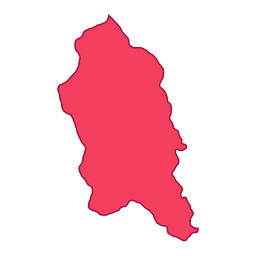 outline of Villa Altagracia, San Cristóbal, Dominican Republic
{"feature_id": "3306468B65787617435828", "entity_name": "Villa Altagracia", "entity_type": "district", "adm_level": 2, "iso_a3": "DOM", "parent_name": "Dominican Republic", "parent_adm1": "San Cristóbal", "projection": "robinson", "projection_center": [-70.202, 18.655], "detail": "fine", "context": "isolated", "style": "filled", "palette": "rose", "viewbox_px": 256, "rotation_deg": 0, "n_neighbors": 0, "source": "geoboundaries", "source_scale": "gbopen_adm2", "svg_char_len": 5816}
<svg xmlns="http://www.w3.org/2000/svg" viewBox="0 0 256 256"><path d="M59.8,84.9L58.8,86.3L58.3,87.1L58.2,87.6L58.0,88.6L58.1,90.1L58.1,90.5L58.4,91.4L59.1,93.1L59.4,93.9L59.6,94.9L60.0,97.9L60.1,98.9L60.4,99.8L61.1,101.4L61.4,102.3L61.6,103.3L61.9,106.3L62.0,107.3L62.5,108.6L63.8,111.0L66.9,113.3L68.1,113.9L69.7,114.4L70.4,114.7L70.8,114.9L71.3,115.6L72.8,118.2L73.6,120.4L74.8,122.9L75.0,123.8L75.4,125.7L75.6,126.7L76.5,128.7L76.8,129.6L77.2,132.1L77.5,133.0L78.6,135.5L79.3,137.2L80.3,139.2L81.1,141.0L81.5,141.8L82.4,143.0L84.9,146.0L85.4,146.7L85.8,147.5L85.9,147.9L85.8,148.7L85.1,150.7L84.5,153.5L84.2,154.4L83.4,156.0L83.2,156.9L83.0,157.9L82.7,160.9L82.5,161.9L82.4,162.3L81.9,163.2L80.1,165.6L79.6,166.4L79.4,166.9L79.1,167.8L79.0,169.3L79.2,170.3L79.5,171.2L80.5,173.2L81.2,175.0L81.7,175.8L82.6,177.0L84.6,179.2L85.5,180.4L86.3,181.6L87.1,183.3L87.6,184.0L88.5,184.9L89.2,185.4L90.3,186.0L91.0,186.5L91.6,187.1L91.9,187.5L92.2,188.4L92.4,189.4L92.5,190.9L92.4,192.4L92.2,193.4L91.9,194.3L91.0,196.3L90.7,197.2L90.2,199.6L89.8,200.5L88.9,202.5L88.7,203.6L88.5,205.2L88.5,206.2L88.7,207.2L88.9,207.7L89.1,208.1L89.7,208.7L92.2,210.2L93.0,210.5L95.6,211.2L96.5,211.6L97.2,212.1L99.5,214.0L100.3,214.6L101.2,214.9L102.2,215.0L103.7,215.1L105.2,215.1L106.7,214.9L107.6,214.7L109.9,213.5L110.8,213.2L112.5,212.8L113.4,212.6L115.6,211.4L118.0,210.7L118.7,210.2L119.0,210.0L119.9,208.7L120.4,208.0L121.1,207.5L121.4,207.3L122.7,206.8L125.9,206.1L128.0,203.3L129.1,201.5L129.4,201.2L129.7,200.9L130.1,200.8L130.9,200.6L131.8,200.5L132.7,200.5L134.1,200.8L134.9,201.1L136.8,202.1L137.6,202.4L139.8,203.0L140.7,203.4L141.8,204.4L144.4,207.0L145.5,208.0L146.3,208.6L147.9,209.5L149.2,210.4L150.3,211.4L151.7,213.0L152.7,214.2L153.3,215.1L153.7,216.0L154.2,217.3L155.2,219.4L156.1,221.5L156.6,222.3L157.2,222.9L157.9,223.5L158.2,223.7L159.4,224.3L160.9,225.1L161.7,225.4L162.6,225.7L164.8,225.9L165.6,226.1L166.3,226.4L166.6,226.7L166.9,227.0L167.2,227.8L167.3,228.7L167.4,230.6L167.6,231.5L167.7,232.0L168.1,232.8L168.4,233.1L169.0,233.8L169.8,234.3L173.2,236.1L174.1,236.3L176.3,236.8L177.1,237.2L179.0,238.3L180.6,239.1L182.4,240.2L183.2,240.5L184.1,240.6L184.9,240.6L185.7,240.3L186.0,240.1L186.3,239.8L187.2,238.5L187.7,237.8L188.2,237.3L189.8,236.0L190.9,234.3L191.5,233.7L192.1,233.1L192.5,232.9L193.3,232.7L195.9,232.4L196.7,232.2L197.0,232.0L197.4,231.7L197.6,231.4L197.9,230.6L198.0,229.7L197.9,228.2L195.7,228.2L194.7,228.0L194.3,227.9L193.5,227.5L191.5,226.2L190.8,225.6L190.6,225.2L190.5,224.8L190.3,223.9L190.2,222.4L190.3,220.4L190.5,218.9L190.8,217.9L191.0,217.5L191.5,216.7L192.6,215.2L193.1,214.4L193.2,214.0L193.3,213.6L193.2,213.1L193.1,212.7L192.7,211.9L191.3,210.0L190.9,209.1L190.6,208.2L190.2,206.3L189.9,205.4L189.4,204.5L187.7,202.0L187.2,201.1L186.9,200.2L186.5,198.6L186.1,197.9L185.9,197.6L185.6,197.4L185.2,197.3L184.9,197.3L184.2,197.4L183.1,197.9L182.8,198.0L182.4,197.9L181.8,197.5L181.2,196.9L181.0,196.5L180.8,195.6L180.7,195.1L180.8,194.1L181.0,193.2L181.1,192.7L182.0,190.8L182.3,189.9L182.3,189.0L182.2,188.5L182.0,188.0L181.5,187.2L180.9,186.4L177.1,182.2L175.8,180.6L175.3,179.8L174.3,177.6L172.6,175.3L172.2,174.5L172.0,174.1L172.0,173.6L172.0,173.2L172.4,172.3L174.3,169.7L175.6,167.1L178.0,164.0L178.4,163.1L178.7,162.1L178.7,161.6L178.7,160.6L178.6,159.6L178.5,159.1L178.1,158.3L177.2,156.7L176.5,155.0L175.6,153.5L175.3,152.7L175.1,151.7L175.2,151.3L175.3,150.8L175.5,150.4L175.7,150.1L176.3,149.6L176.6,149.4L177.0,149.3L177.4,149.4L177.7,149.5L179.0,150.1L179.8,150.4L181.2,150.5L182.1,150.4L182.5,150.3L183.7,149.8L185.7,148.5L186.0,148.2L186.2,147.8L186.4,147.4L186.5,146.5L186.3,145.7L186.1,145.3L185.9,144.9L185.5,144.7L185.2,144.5L183.7,144.2L182.9,143.9L182.3,143.5L181.8,142.9L181.6,142.2L181.5,141.9L181.7,140.6L181.7,139.8L181.3,139.1L179.8,136.7L179.3,135.8L179.0,134.8L178.7,132.9L178.4,132.0L177.9,131.3L177.3,130.6L176.7,130.1L175.5,129.5L174.8,129.0L173.9,128.1L173.5,127.3L173.3,126.9L172.7,124.1L172.3,123.2L171.8,122.3L170.3,120.3L169.9,119.5L169.7,119.0L169.6,118.1L169.7,117.2L170.0,116.3L170.5,115.2L170.8,114.3L171.0,113.4L171.1,112.3L171.2,110.3L171.2,107.7L171.1,106.1L170.9,105.2L170.5,104.3L170.0,103.6L169.4,103.0L168.2,102.1L167.9,101.8L167.7,101.4L167.6,101.0L167.4,100.1L167.1,97.3L166.9,96.3L166.5,95.4L165.8,93.8L165.2,92.5L164.8,91.6L163.9,90.4L162.9,89.3L161.8,88.4L160.5,87.5L160.2,87.2L160.0,86.8L159.7,85.9L159.7,85.5L159.7,84.5L159.9,83.6L160.1,83.2L161.1,81.2L161.9,79.5L162.3,78.8L162.8,78.2L163.3,75.6L163.4,74.6L163.5,73.0L163.5,71.5L163.4,70.5L163.2,69.5L163.1,69.0L162.6,68.1L162.0,67.3L159.5,64.3L158.6,63.2L158.1,62.3L157.3,60.6L157.1,60.2L156.3,58.9L155.3,57.8L153.6,56.0L152.9,55.3L152.2,54.7L149.8,53.4L149.1,52.9L147.1,51.0L146.4,50.5L145.6,50.0L144.4,49.4L142.6,48.3L141.7,48.0L140.4,47.8L139.0,47.7L135.1,47.7L134.2,47.7L133.3,47.5L132.9,47.3L132.1,47.0L130.4,45.8L129.7,45.3L129.5,45.0L129.2,44.6L129.0,43.8L128.8,40.9L128.6,40.0L128.3,39.1L127.8,38.2L126.9,37.1L123.6,33.4L122.3,31.9L121.6,30.7L121.1,29.4L120.6,28.5L120.1,27.7L119.5,26.9L117.9,25.0L112.1,18.7L108.9,15.4L108.5,17.1L107.7,19.7L107.5,20.1L107.0,20.9L106.4,21.5L106.1,21.8L105.3,22.3L104.1,22.8L102.7,23.7L101.9,24.0L101.0,24.3L99.2,24.6L98.4,24.9L96.1,26.1L94.5,26.9L93.0,27.7L92.3,28.1L91.4,28.4L89.6,28.7L88.8,29.0L84.9,31.0L84.3,31.5L83.7,32.2L83.5,32.5L83.1,33.4L82.6,35.5L82.2,36.2L82.0,36.5L79.2,38.3L77.3,39.3L76.6,39.8L76.0,40.4L75.5,41.2L75.4,41.7L75.2,42.2L75.1,43.3L75.0,44.4L75.0,46.0L75.1,47.1L75.3,48.2L75.6,49.2L76.0,50.0L76.5,50.8L78.2,53.0L78.7,53.8L79.9,56.6L80.1,57.4L80.1,57.8L80.1,58.2L79.9,59.0L79.5,60.1L79.3,61.0L78.9,64.5L78.6,66.0L78.3,66.8L77.5,68.4L76.8,70.2L76.1,71.3L74.5,73.1L67.5,80.8L66.5,81.7L65.4,82.5L63.8,83.2L62.3,84.1L61.6,84.5L60.9,84.7L59.8,84.9Z" fill="#f43f5e" stroke="#9f1239" stroke-width="1.5"/></svg>